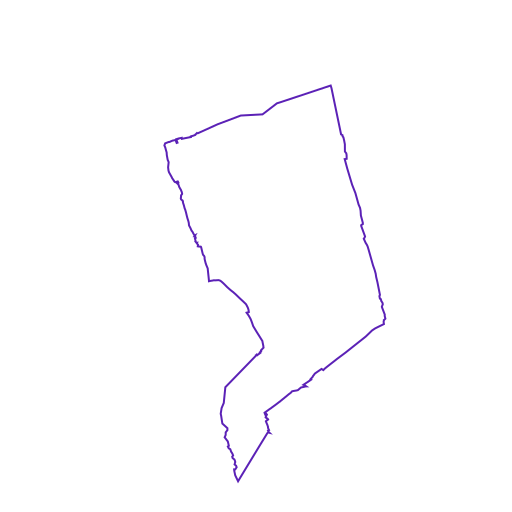 San Pedro Garza García, Nuevo León, Mexico (Albers equal-area conic projection), rotated 224°
{"feature_id": "50627088B79821561160297", "entity_name": "San Pedro Garza García", "entity_type": "district", "adm_level": 2, "iso_a3": "MEX", "parent_name": "Mexico", "parent_adm1": "Nuevo León", "projection": "albers", "projection_center": [-100.375, 25.653], "detail": "fine", "context": "isolated", "style": "outline", "palette": "violet", "viewbox_px": 512, "rotation_deg": 224, "n_neighbors": 0, "source": "geoboundaries", "source_scale": "gbopen_adm2", "svg_char_len": 5721}
<svg xmlns="http://www.w3.org/2000/svg" viewBox="0 0 512 512"><g transform="rotate(224 256 256)"><path d="M320.7,430.5L345.5,383.1L347.0,380.4L349.7,362.4L364.5,346.5L364.6,346.3L375.1,324.1L382.9,304.4L383.1,303.9L383.7,303.4L383.9,303.4L383.9,301.9L384.0,301.3L383.8,301.1L383.8,300.8L384.3,299.8L384.9,298.6L385.9,297.0L386.0,296.6L385.5,296.3L386.7,294.6L389.9,290.0L390.4,289.2L390.7,288.8L391.5,289.4L391.6,289.2L392.4,288.1L393.1,287.1L393.2,286.4L393.6,285.7L393.8,285.9L394.5,284.6L391.2,283.0L391.6,282.2L392.7,282.7L394.4,283.5L395.0,282.8L395.5,282.0L395.9,281.4L396.1,281.2L396.7,279.8L397.0,279.2L397.1,278.9L397.3,278.2L397.7,277.6L398.0,277.4L399.6,273.9L398.7,271.9L396.6,271.0L394.8,269.9L392.2,268.4L391.0,267.3L390.2,266.6L389.8,266.3L386.3,263.8L386.2,263.8L384.0,262.8L383.6,262.3L380.8,258.7L378.1,256.5L377.4,256.2L377.0,255.9L376.8,255.8L371.8,254.3L371.2,254.1L370.5,253.8L369.7,253.6L368.8,253.5L368.2,253.3L368.0,253.2L367.7,253.2L367.3,253.2L366.8,252.9L366.5,252.9L365.7,252.9L365.3,253.1L365.2,253.2L365.1,253.3L364.1,255.3L363.6,255.2L363.4,255.1L363.2,255.0L362.7,254.8L362.9,254.1L363.1,253.5L362.9,253.5L361.9,253.5L361.4,253.4L361.0,253.3L360.9,253.3L360.7,253.2L360.4,253.0L359.7,252.6L359.1,252.3L358.0,252.0L357.8,251.9L357.1,251.7L356.2,251.5L355.3,251.1L354.7,250.8L353.9,250.5L353.3,250.1L352.3,249.4L352.2,249.2L352.1,248.4L352.1,247.8L351.9,247.4L351.3,246.8L351.1,246.5L350.6,245.9L350.3,245.5L350.0,245.1L349.2,244.7L348.9,244.7L347.8,244.8L347.4,244.9L347.0,244.8L346.5,244.5L346.5,244.4L346.3,244.3L345.9,243.9L345.6,243.7L345.1,243.4L343.0,242.3L340.9,241.0L340.6,240.8L339.7,240.4L339.2,240.2L336.6,238.7L333.8,236.9L331.7,235.6L328.9,234.1L328.1,233.6L327.2,233.0L325.6,231.6L324.9,231.3L323.0,230.7L321.2,230.0L320.1,229.5L319.2,229.4L318.2,229.2L317.1,228.8L314.8,228.1L314.6,228.1L314.3,228.3L314.2,228.6L314.1,228.2L313.8,228.0L313.8,227.9L313.7,228.0L313.6,227.8L312.8,227.6L312.0,227.2L312.3,226.6L312.4,226.4L309.7,224.7L309.7,224.4L308.4,224.2L307.9,224.4L307.7,224.6L307.6,224.1L305.8,223.8L305.5,223.8L304.6,222.5L303.7,223.1L302.3,224.3L302.1,224.4L301.4,224.1L295.9,220.6L294.9,220.1L293.4,220.0L292.6,219.7L291.9,219.2L291.4,218.6L290.5,217.9L289.1,217.0L286.8,215.6L286.4,215.5L285.8,215.1L282.1,213.5L280.7,212.3L272.6,205.5L272.3,205.2L271.3,206.7L270.3,208.0L269.5,209.2L268.2,210.4L266.2,212.6L264.9,213.3L264.0,213.5L263.2,213.6L260.9,213.7L259.4,213.7L255.3,213.6L252.5,213.7L250.6,213.8L248.7,214.0L246.9,214.2L245.9,214.2L244.5,214.3L240.1,214.3L238.0,214.3L233.9,214.4L233.6,214.4L231.0,214.4L229.9,214.4L228.7,214.1L227.3,213.6L226.1,213.2L224.2,212.2L223.1,211.4L222.2,210.7L222.6,209.9L222.9,209.5L223.4,208.7L223.1,208.6L222.7,208.6L219.7,208.0L218.3,207.6L216.3,207.0L214.7,206.3L212.4,205.2L209.3,203.6L203.3,202.0L200.5,201.3L199.2,201.0L192.5,199.3L192.4,199.3L190.9,198.2L190.4,197.9L190.0,197.6L189.7,197.4L189.3,197.1L189.0,196.9L188.7,196.7L188.4,196.5L188.1,196.3L187.8,196.0L187.5,195.7L187.2,195.5L186.9,195.3L186.9,194.7L186.9,192.0L186.9,191.7L186.8,191.4L186.3,191.2L186.2,191.2L186.1,190.7L186.3,189.4L185.6,189.3L185.8,187.9L185.9,187.6L186.0,187.0L186.1,186.3L186.2,185.5L186.3,185.5L187.0,185.6L187.0,185.3L186.9,185.3L187.0,184.9L186.8,184.9L186.8,183.1L186.8,181.9L186.8,181.6L186.9,140.3L177.1,127.9L175.1,122.7L171.8,118.0L170.0,116.8L166.6,114.2L163.8,112.1L157.0,112.3L155.6,110.9L155.3,108.1L153.5,106.2L152.6,103.8L147.4,103.0L143.7,100.6L143.9,99.4L142.0,98.7L141.0,99.0L140.2,99.1L137.9,97.9L137.0,97.8L135.4,97.3L133.9,96.6L133.7,95.1L132.4,94.4L130.2,94.6L129.2,94.2L127.8,93.4L127.4,92.5L126.9,91.8L126.6,91.2L124.6,91.3L123.2,90.6L122.9,89.1L122.7,88.1L123.5,87.3L122.3,86.3L118.6,83.8L112.4,81.5L113.3,85.3L121.6,122.0L124.7,136.0L124.9,137.4L123.5,138.2L124.3,138.2L125.2,138.4L125.5,138.7L126.0,138.8L125.7,139.8L126.9,140.2L128.2,140.9L128.6,141.4L129.0,141.6L130.7,142.5L132.4,143.2L134.1,144.0L134.1,144.4L133.7,146.8L134.0,146.9L134.5,147.0L135.0,147.0L135.3,146.8L135.9,146.7L137.0,146.6L137.2,147.0L137.7,148.6L138.0,149.5L138.9,149.6L139.0,148.5L139.0,148.3L139.8,148.6L141.0,149.2L140.5,151.8L140.2,153.4L139.9,155.2L139.5,156.9L139.2,159.1L139.1,159.3L139.0,159.9L138.9,160.7L138.8,161.2L138.7,161.6L138.6,162.4L138.4,163.5L137.8,167.6L137.7,167.7L137.6,168.9L137.6,169.2L137.4,170.3L137.4,170.9L137.3,171.6L137.1,172.9L137.0,174.2L136.8,175.5L136.6,177.4L136.4,179.3L136.2,180.4L136.1,181.0L136.0,181.6L136.0,182.3L136.1,183.6L136.0,183.8L135.3,184.9L134.4,186.1L133.3,187.6L132.7,188.6L132.3,192.7L132.2,192.9L132.0,193.1L131.8,193.4L131.5,193.9L130.9,194.7L129.9,196.3L129.6,196.8L129.3,197.1L129.9,197.0L130.7,196.9L131.6,196.6L132.4,196.3L130.5,205.1L130.8,205.0L131.2,205.1L131.3,208.5L131.6,209.2L131.6,209.3L131.8,211.2L132.0,212.2L131.7,213.8L130.4,220.3L128.3,220.7L128.3,221.3L128.3,222.7L128.0,225.3L127.4,229.7L126.6,235.3L126.2,238.3L124.5,248.7L121.1,274.3L120.9,279.6L120.8,283.0L120.0,286.7L118.8,290.1L116.7,295.9L118.5,297.3L119.1,298.3L119.5,298.7L119.4,299.2L119.4,300.8L121.8,302.3L122.7,303.3L130.1,306.8L130.3,307.0L130.9,308.5L131.3,309.4L131.8,309.7L132.3,310.1L133.4,310.4L134.3,310.6L134.8,310.7L135.2,311.1L136.4,311.7L137.0,311.4L137.4,311.5L139.4,312.9L139.8,314.1L150.3,321.4L155.0,324.4L157.6,326.4L161.0,328.4L165.4,330.6L179.1,338.6L182.3,340.4L184.1,341.1L186.2,341.6L190.5,343.3L190.6,344.4L191.1,345.8L201.4,350.8L201.8,351.5L201.3,353.1L202.1,354.0L208.7,358.0L212.2,361.2L214.6,362.9L218.0,364.3L228.2,370.3L236.5,374.1L251.1,382.3L259.5,387.3L258.3,388.9L260.9,391.5L262.4,392.6L264.0,392.8L264.7,393.0L269.7,398.1L272.8,400.3L275.6,402.1L276.7,402.2L277.7,403.0L279.3,402.6L318.2,429.1L320.7,430.5Z" fill="none" stroke="#5b21b6" stroke-width="2"/></g></svg>